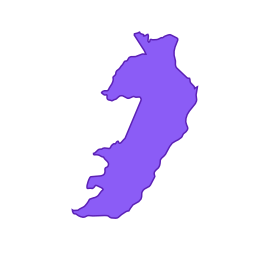 outline of Amambay, rotated 40°
{"feature_id": "PRY-615", "entity_name": "Amambay", "entity_type": "Department", "adm_level": 1, "iso_a3": "PRY", "parent_name": "Paraguay", "parent_adm1": "", "projection": "equal_earth", "projection_center": [-56.215, -22.97], "detail": "fine", "context": "isolated", "style": "filled", "palette": "violet", "viewbox_px": 256, "rotation_deg": 40, "n_neighbors": 0, "source": "natural_earth", "source_scale": "10m", "svg_char_len": 4372}
<svg xmlns="http://www.w3.org/2000/svg" viewBox="0 0 256 256"><g transform="rotate(40 128 128)"><path d="M107.7,27.6L108.9,27.8L109.7,28.9L112.0,35.8L113.9,39.5L116.5,42.6L121.2,46.1L123.7,49.1L125.1,50.2L126.6,50.7L141.0,51.6L142.1,51.2L143.2,50.4L144.3,51.1L145.5,52.3L146.8,53.1L152.0,53.7L153.6,54.9L153.8,54.1L154.7,51.8L158.9,58.9L162.3,62.1L163.1,63.3L163.9,66.0L164.1,75.6L164.7,79.6L166.2,83.3L168.3,86.2L171.1,88.1L172.8,88.9L173.9,89.7L174.6,91.0L174.8,93.3L174.7,94.2L174.3,96.1L174.2,97.0L174.4,98.0L174.9,99.8L175.0,100.8L174.1,104.5L172.7,107.8L171.6,111.2L171.8,115.4L173.6,124.0L173.6,126.0L173.1,129.7L173.3,131.6L175.5,134.8L176.4,136.6L176.9,138.8L176.4,142.8L176.5,144.7L177.4,146.2L179.7,147.9L180.0,148.9L181.8,157.2L181.8,159.1L179.8,164.2L179.6,166.1L180.1,168.6L182.7,172.0L183.6,174.1L183.5,177.5L181.2,183.7L181.4,187.6L181.9,191.0L181.1,191.8L180.2,193.4L178.7,198.4L178.0,202.7L177.5,203.9L176.5,205.0L173.1,207.5L172.4,207.8L171.6,208.0L169.3,208.1L168.1,208.7L166.3,210.1L157.6,217.9L154.1,220.4L153.2,221.4L152.1,223.9L151.5,224.6L150.8,225.3L148.6,226.4L146.5,227.0L143.6,227.3L142.9,227.6L142.2,228.1L141.8,228.3L141.3,228.4L140.8,228.3L140.3,228.1L139.0,227.4L138.0,226.5L138.7,226.4L139.5,226.0L142.3,223.4L142.5,223.2L142.6,222.8L143.1,220.9L144.5,217.6L144.9,216.5L145.0,215.8L145.1,215.2L145.1,212.3L144.8,209.6L144.4,207.8L144.4,207.3L144.6,206.8L146.4,203.8L147.3,202.6L147.8,201.6L148.4,200.0L148.5,199.4L148.6,198.7L148.3,194.6L148.3,193.2L148.5,191.9L148.5,191.4L148.3,191.0L147.5,190.8L146.3,190.8L141.2,192.1L140.5,192.5L140.1,192.8L140.0,193.4L140.1,195.0L140.0,196.0L139.8,196.7L139.5,197.3L139.0,197.6L138.1,198.2L137.5,198.7L136.2,200.0L135.8,200.3L135.3,200.3L134.5,199.6L133.5,198.2L132.0,194.9L131.3,193.0L130.9,191.5L130.7,190.6L130.7,189.8L130.9,189.2L137.9,182.2L138.6,181.2L139.1,180.2L139.3,179.6L139.4,179.0L139.4,178.6L139.3,178.0L139.0,177.2L138.6,176.5L138.3,176.0L136.9,174.5L136.5,173.8L136.4,173.2L136.5,172.6L137.0,171.5L137.2,170.8L137.2,170.2L137.0,169.4L136.6,168.7L136.0,167.9L135.2,167.4L134.0,167.0L130.5,166.7L129.4,166.5L128.1,166.0L127.7,166.1L126.9,166.6L126.0,166.9L124.2,167.2L122.6,167.7L120.7,169.0L119.8,169.9L119.1,170.3L118.7,170.4L117.9,169.6L118.2,169.2L118.4,168.9L118.6,168.5L118.6,168.2L118.8,167.1L119.1,164.4L119.2,163.8L119.4,163.2L119.7,162.8L120.0,162.4L120.3,162.0L121.1,161.5L121.4,161.0L121.7,160.0L122.0,159.5L122.3,159.1L122.6,158.7L123.3,158.1L126.6,155.9L126.9,155.6L127.1,155.0L127.1,154.1L126.7,152.5L126.7,151.6L126.8,150.8L126.9,150.2L127.1,149.6L127.3,149.1L127.7,148.8L128.1,148.6L128.4,148.3L128.5,147.8L128.3,146.6L128.3,145.9L128.4,145.3L128.6,144.8L129.0,144.5L129.4,144.6L130.2,145.1L130.6,145.2L131.1,145.2L131.5,145.0L131.8,144.6L132.0,144.0L132.1,143.4L132.2,139.4L132.4,138.1L132.3,137.5L120.3,98.7L120.0,98.1L119.6,97.5L118.4,96.9L117.9,96.7L117.4,96.7L117.0,96.8L116.6,97.1L114.5,99.1L114.1,99.4L113.7,99.6L112.7,99.9L112.3,100.1L111.9,100.4L111.6,100.8L111.3,101.3L110.3,103.4L109.8,104.3L109.4,104.7L109.1,105.1L108.3,105.6L107.8,105.7L103.4,106.7L103.0,106.9L102.5,107.2L101.8,107.9L101.3,108.5L101.2,108.7L101.1,108.9L100.8,109.9L100.7,110.6L100.4,112.8L100.3,113.4L100.0,114.0L99.1,115.4L98.5,117.0L98.2,117.4L97.8,117.7L96.8,118.0L95.2,118.9L94.8,119.0L94.3,119.1L93.7,119.0L93.2,118.9L92.7,118.4L92.1,117.9L91.4,116.9L90.9,116.5L90.3,116.3L90.0,116.6L89.3,117.4L88.9,117.7L88.5,117.9L86.9,118.1L85.8,118.0L85.3,118.1L85.0,117.9L84.9,117.6L85.1,116.2L85.6,115.3L86.1,114.5L88.0,113.0L88.4,112.3L88.4,111.1L87.9,109.1L87.3,104.6L86.6,102.3L85.9,100.9L85.3,100.1L84.9,99.7L84.4,99.3L84.0,98.8L83.8,98.1L84.1,96.4L84.1,95.6L84.0,94.7L83.2,93.5L82.8,92.6L82.6,91.6L82.8,90.4L83.0,89.5L83.2,88.4L83.2,87.1L83.0,85.0L83.1,82.9L83.0,82.3L82.6,80.0L82.6,79.2L82.8,78.6L83.6,77.9L83.9,77.2L84.0,76.4L83.6,73.9L83.6,73.2L83.9,72.5L84.2,71.9L84.6,71.3L87.3,69.0L87.9,68.4L91.5,62.0L92.0,61.6L93.9,60.3L94.3,59.9L90.9,58.3L73.1,52.8L72.4,51.7L74.3,49.1L74.9,48.0L75.0,47.3L75.3,47.1L76.4,47.6L77.1,47.6L79.8,46.5L80.4,46.7L80.5,47.2L80.7,47.4L81.6,46.7L82.0,45.9L82.6,43.9L83.1,43.5L84.5,44.4L87.3,48.5L88.7,48.9L89.1,48.0L88.2,45.9L88.7,45.3L89.6,44.9L90.3,44.5L93.1,41.9L94.0,40.7L95.4,37.5L95.7,37.2L96.3,36.8L96.6,36.3L97.0,34.6L97.3,33.9L98.6,31.5L99.3,30.5L100.2,29.5L101.6,29.0L107.7,27.6Z" fill="#8b5cf6" stroke="#5b21b6" stroke-width="1.5"/></g></svg>